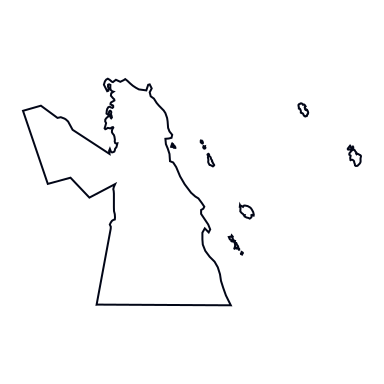 Mersing, Johor, Malaysia
{"feature_id": "92858781B22606211621135", "entity_name": "Mersing", "entity_type": "district", "adm_level": 2, "iso_a3": "MYS", "parent_name": "Malaysia", "parent_adm1": "Johor", "projection": "equal_earth", "projection_center": [104.05, 2.354], "detail": "fine", "context": "isolated", "style": "outline", "palette": "ink", "viewbox_px": 384, "rotation_deg": 0, "n_neighbors": 0, "source": "geoboundaries", "source_scale": "gbopen_adm2", "svg_char_len": 6013}
<svg xmlns="http://www.w3.org/2000/svg" viewBox="0 0 384 384"><path d="M47.8,183.9L70.5,177.7L89.4,197.6L115.1,184.1L113.9,186.8L113.3,189.1L113.7,191.0L113.9,193.6L113.9,207.3L114.0,211.1L114.8,214.2L115.0,217.4L114.8,219.5L113.4,219.9L112.0,220.8L110.8,222.5L109.8,224.6L110.8,226.7L110.7,228.8L96.6,304.7L97.5,304.6L230.8,305.3L225.9,295.4L223.2,287.8L221.0,280.9L220.0,274.3L217.8,267.3L214.6,261.7L209.7,256.8L205.3,250.9L202.8,244.6L202.4,239.3L202.4,232.7L204.8,228.4L208.7,232.4L210.2,229.4L208.2,224.5L201.1,213.9L201.1,210.0L203.3,208.7L204.3,206.7L201.9,203.1L198.4,198.4L195.3,196.5L191.1,192.8L184.7,184.3L180.1,176.4L176.2,167.1L173.2,162.5L170.0,161.2L169.5,154.0L167.8,148.7L165.9,144.1L165.4,138.8L168.8,138.5L171.5,137.8L172.2,134.8L169.5,131.5L168.1,127.9L167.6,121.3L167.1,118.0L165.4,113.1L163.7,110.5L158.8,105.5L156.6,102.9L153.9,98.6L150.7,96.3L149.7,92.3L151.7,88.4L149.7,84.4L148.2,84.8L146.3,90.4L138.9,89.4L135.8,87.7L132.8,85.7L130.1,83.4L127.4,80.8L125.2,79.1L123.8,80.1L120.3,81.8L115.9,79.8L112.9,82.1L112.0,81.8L109.5,79.7L107.8,78.7L106.2,79.6L104.9,81.4L103.9,84.7L107.2,91.2L108.3,90.8L108.6,88.5L108.0,86.6L108.1,84.7L109.1,84.3L110.4,84.9L110.3,87.4L110.5,89.7L112.2,91.3L113.5,91.7L111.2,93.3L110.9,95.7L113.1,98.3L114.2,99.3L114.4,100.5L111.1,102.4L110.6,103.2L110.5,104.2L111.8,105.1L112.6,105.2L113.2,105.9L113.2,107.2L112.5,107.9L111.1,107.5L109.5,106.7L108.3,107.2L107.2,109.0L106.8,110.6L106.5,113.6L107.9,114.6L108.8,113.7L109.2,111.4L110.1,110.7L111.1,111.4L111.3,112.5L110.9,114.1L111.5,115.6L111.9,117.5L111.2,118.3L110.5,117.5L110.4,116.0L110.2,115.0L107.2,117.3L106.1,118.4L105.3,119.6L105.2,121.4L106.1,123.1L105.4,125.8L104.6,128.3L105.3,129.2L106.4,128.8L107.7,127.9L110.4,128.4L111.6,127.5L112.9,127.1L113.3,127.7L112.4,129.1L112.0,130.3L111.9,132.1L112.6,133.5L113.8,134.9L114.4,136.5L114.9,139.7L114.7,141.5L115.2,143.1L116.1,143.5L117.4,143.3L116.5,147.0L115.1,148.8L114.8,150.4L114.3,151.6L112.7,152.3L111.8,152.3L110.9,151.6L109.9,148.9L109.1,150.8L109.5,153.9L72.6,129.8L68.1,121.5L65.8,119.4L64.5,118.6L60.8,117.2L57.5,117.9L40.9,105.7L23.0,110.8L47.8,183.9ZM240.0,205.1L239.8,206.9L240.3,207.0L240.5,207.9L240.3,211.4L241.6,213.0L243.0,214.0L243.7,215.0L244.8,215.1L244.6,215.7L244.5,216.4L246.5,217.5L248.6,218.0L249.6,218.6L250.3,218.3L251.3,217.3L251.6,216.7L251.4,215.1L251.9,214.9L253.6,215.6L253.8,214.8L253.2,212.1L251.8,209.5L250.8,208.1L250.0,207.4L247.7,206.1L244.8,205.5L244.0,205.6L243.0,206.9L241.6,205.9L240.4,205.9L240.0,205.1ZM356.1,153.5L356.3,153.2L356.4,152.6L356.0,152.1L355.4,151.6L354.7,150.2L353.8,149.6L353.5,149.1L352.9,148.9L352.8,149.4L353.1,149.9L351.3,150.8L350.9,151.5L349.5,153.2L349.3,154.0L349.3,154.7L350.6,155.6L350.5,156.6L350.2,157.7L350.3,158.9L350.5,159.3L350.4,160.0L350.6,160.2L351.3,159.8L352.4,159.8L353.5,160.5L354.1,161.3L354.1,161.8L354.4,163.0L354.8,163.9L355.0,165.4L355.9,166.0L357.5,165.8L359.6,163.7L360.3,162.6L360.5,161.9L360.6,161.2L360.5,158.6L361.0,156.1L360.4,155.2L360.0,155.0L359.5,154.9L358.6,154.2L357.5,153.8L356.6,154.3L356.1,153.5ZM302.0,103.6L301.0,103.3L300.3,103.5L299.9,104.0L299.0,104.2L298.4,105.1L298.6,105.7L298.6,106.5L298.8,106.9L298.9,107.4L298.8,107.7L299.0,108.3L298.9,108.6L299.2,108.8L299.9,108.8L300.4,109.7L300.9,111.2L300.8,112.6L301.4,113.1L301.8,113.0L302.6,113.3L303.2,114.0L303.4,114.7L303.7,115.0L304.0,115.7L304.5,115.9L304.7,116.2L305.2,116.5L306.2,115.9L306.7,116.1L307.0,115.8L307.1,115.6L307.0,115.3L307.3,114.3L307.9,114.0L308.2,112.8L308.0,111.8L307.7,111.5L307.7,111.0L307.4,110.7L307.3,110.4L307.0,110.3L307.0,109.8L306.8,109.7L306.3,109.4L305.8,109.7L305.7,109.5L305.4,109.7L305.1,109.3L304.9,108.7L305.1,108.3L305.1,107.8L304.7,107.4L304.7,107.2L305.0,106.4L305.5,106.2L305.2,105.8L305.0,105.3L304.1,104.5L303.8,104.5L303.3,104.8L302.9,104.8L302.7,104.5L302.8,104.2L302.4,104.0L302.0,103.6ZM208.5,153.9L208.3,153.8L207.5,154.5L207.5,154.8L207.9,155.3L208.2,156.0L207.9,157.3L208.4,159.8L208.3,160.7L208.2,161.5L208.3,162.5L209.4,164.7L209.7,165.0L210.3,165.0L212.9,166.4L213.8,165.7L214.2,165.1L213.9,164.4L213.4,164.0L213.1,163.1L212.8,162.9L212.5,161.9L212.0,161.5L212.1,160.4L211.3,159.5L210.9,158.4L210.8,157.8L210.5,157.1L209.1,155.7L209.0,155.3L209.1,154.5L208.9,154.3L208.5,154.4L208.5,153.9ZM231.7,235.4L231.4,236.3L231.1,236.8L229.7,236.8L228.8,237.0L229.8,239.3L230.2,239.3L231.1,240.0L231.4,241.2L231.7,241.3L231.9,240.9L233.0,241.6L234.1,241.8L234.5,242.1L235.1,244.6L235.1,246.1L234.1,249.3L235.3,248.0L236.2,247.7L236.4,248.1L236.7,248.0L236.8,248.3L237.0,248.2L237.2,248.5L237.9,248.5L238.5,248.9L238.7,249.5L239.0,249.8L239.2,249.7L239.2,248.9L238.8,248.5L238.4,248.4L238.3,247.7L238.2,247.6L238.3,247.1L237.8,245.8L237.0,244.8L236.3,243.1L235.7,243.3L235.2,242.8L234.9,241.6L234.9,241.2L235.0,240.9L233.9,240.6L233.7,240.4L233.5,239.9L233.1,239.5L232.5,238.0L232.5,237.4L232.8,236.7L231.7,235.4ZM350.6,146.9L350.5,146.2L350.1,145.7L347.8,148.6L347.8,149.3L348.1,149.6L348.8,149.6L349.3,149.4L349.8,149.4L350.1,149.6L351.1,149.4L352.0,148.4L353.2,147.6L353.3,147.2L352.9,146.6L352.1,147.5L351.0,147.5L350.6,146.9ZM173.7,145.9L173.7,145.5L173.2,144.8L173.1,144.1L172.6,143.9L172.4,143.7L172.2,143.5L171.8,144.2L171.9,144.8L171.4,145.6L171.1,146.8L172.1,147.0L173.0,146.6L173.3,146.8L173.7,147.7L174.5,147.7L175.1,148.0L175.4,147.9L175.3,147.2L174.5,145.9L174.1,146.2L173.9,146.2L173.7,145.9ZM201.4,141.1L200.9,140.6L200.7,140.9L200.8,141.4L200.7,142.1L201.1,142.7L201.6,142.9L201.8,143.2L202.3,143.5L202.8,143.3L202.9,142.4L202.7,142.0L202.5,141.3L202.1,141.0L201.9,140.7L201.7,140.7L201.4,141.1ZM204.6,146.4L203.7,146.1L203.7,146.3L203.2,147.1L203.2,147.3L203.5,147.8L203.6,148.2L203.8,148.4L204.3,148.6L204.5,148.4L205.1,148.4L205.3,148.2L205.4,147.4L204.9,146.9L204.8,146.7L204.9,146.3L204.6,146.4ZM242.8,253.3L242.9,253.0L242.8,252.7L242.3,252.3L241.7,252.0L241.6,252.8L240.9,253.4L240.9,253.6L241.0,254.0L241.3,254.0L241.6,254.4L242.0,254.5L242.1,253.7L242.5,253.3L242.8,253.3Z" fill="none" stroke="#020617" stroke-width="2"/></svg>